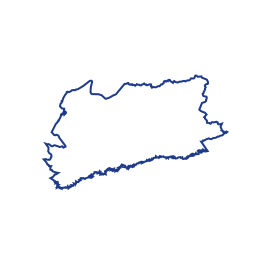 Palenque, Los Rios, Ecuador, rotated 235°
{"feature_id": "8360857B53847682680021", "entity_name": "Palenque", "entity_type": "district", "adm_level": 2, "iso_a3": "ECU", "parent_name": "Ecuador", "parent_adm1": "Los Rios", "projection": "equal_earth", "projection_center": [-79.734, -1.333], "detail": "fine", "context": "isolated", "style": "outline", "palette": "blue", "viewbox_px": 256, "rotation_deg": 235, "n_neighbors": 0, "source": "geoboundaries", "source_scale": "gbopen_adm2", "svg_char_len": 5787}
<svg xmlns="http://www.w3.org/2000/svg" viewBox="0 0 256 256"><g transform="rotate(235 128 128)"><path d="M63.4,180.0L74.9,180.1L74.2,181.3L74.2,181.9L74.7,182.4L74.0,183.4L73.8,186.0L73.1,188.3L72.0,188.8L71.1,189.9L70.9,191.9L69.6,194.5L69.6,196.4L68.9,197.3L68.8,199.0L67.9,201.1L68.0,202.3L68.6,203.2L67.7,205.4L67.8,207.0L68.7,206.6L68.6,205.5L69.0,204.5L69.9,204.5L70.5,203.7L71.2,204.0L72.5,203.1L73.2,204.0L75.9,204.5L77.7,207.4L78.2,205.5L79.2,204.2L80.0,204.0L81.2,204.7L82.3,204.1L83.3,201.7L84.5,200.3L84.6,199.5L84.1,198.4L84.2,197.9L85.6,197.4L87.0,195.7L88.9,196.9L91.4,196.5L92.6,197.1L93.2,196.7L94.0,200.1L96.3,199.8L99.9,197.5L102.1,196.9L106.1,203.0L105.2,205.8L105.4,207.6L106.3,208.0L106.5,208.7L107.8,210.0L108.7,210.2L110.4,208.5L111.3,208.1L113.2,208.8L113.2,209.9L114.0,210.5L115.3,213.2L116.2,213.7L116.8,215.0L118.3,215.0L118.9,215.7L119.1,217.3L118.4,218.6L118.9,219.3L120.1,220.0L122.5,220.3L126.9,217.4L128.2,217.7L130.0,214.4L131.5,214.2L132.2,213.4L132.1,212.8L130.8,210.9L131.0,210.0L132.5,208.1L131.9,206.3L132.0,205.1L132.7,204.5L133.3,202.6L133.2,201.8L134.5,200.9L135.6,197.9L136.3,197.1L136.7,194.9L138.6,193.1L139.9,192.9L140.0,192.1L139.2,190.7L139.6,190.6L139.9,191.0L140.4,190.3L142.2,189.6L143.4,189.8L144.0,189.1L143.5,187.7L144.2,187.6L144.2,185.7L145.3,185.4L145.5,184.1L144.2,182.8L144.4,181.8L144.1,181.1L144.7,180.0L144.1,177.8L145.0,176.7L145.3,174.2L147.0,172.3L147.3,170.7L147.9,170.7L148.4,171.3L149.1,170.8L150.5,171.8L151.4,170.7L152.0,168.3L152.6,167.6L153.3,167.8L154.2,166.7L155.2,166.7L155.2,165.7L155.6,164.3L155.3,163.4L156.0,162.4L157.1,162.0L157.6,161.0L158.8,160.4L158.6,159.1L159.0,158.4L158.7,158.0L159.9,157.6L160.6,156.3L161.4,156.5L161.9,155.8L161.8,155.2L162.3,155.0L162.7,154.1L163.7,153.7L164.5,154.1L164.9,153.8L165.3,151.6L166.1,150.5L162.5,137.4L163.1,135.0L163.6,129.9L164.5,126.9L164.9,126.3L169.9,125.2L172.6,123.2L176.3,118.1L177.2,117.6L178.9,117.9L182.6,120.8L186.4,125.1L187.4,125.3L188.1,124.7L188.5,123.5L188.1,115.3L188.5,109.4L189.4,107.2L189.3,106.2L190.3,105.3L190.5,104.5L191.1,103.8L190.9,102.7L191.2,100.3L192.5,99.1L192.6,98.4L191.8,97.9L191.5,96.3L189.8,92.4L188.1,90.1L188.1,89.2L187.5,89.4L186.7,88.0L186.6,86.7L184.8,84.7L181.9,85.1L180.4,86.8L179.3,85.7L178.6,85.8L178.4,85.2L176.7,86.2L175.9,85.9L175.5,83.8L176.6,84.5L176.6,83.5L177.6,84.1L177.5,83.2L176.7,82.5L177.1,82.2L176.8,82.0L176.8,81.1L177.4,81.6L177.5,80.9L176.3,79.9L174.2,76.3L174.2,75.4L173.6,75.1L173.7,74.1L173.2,73.7L172.7,71.2L168.4,63.1L164.6,63.5L163.8,64.2L163.6,65.4L162.4,66.3L161.0,66.6L159.5,66.1L149.5,66.5L148.6,66.2L149.0,63.8L150.6,63.8L151.5,61.3L155.5,58.4L156.2,57.5L156.4,55.6L156.9,55.0L160.2,53.9L160.9,52.6L162.3,51.6L157.4,51.6L154.5,49.2L152.7,49.1L150.2,49.9L148.3,48.8L148.3,48.2L147.4,47.2L146.9,45.6L148.4,43.6L149.7,42.8L150.6,41.0L146.3,41.4L144.0,41.1L143.4,41.8L142.1,41.4L140.8,43.2L140.0,41.5L138.3,40.5L137.3,41.6L135.9,41.4L133.7,42.8L131.2,45.1L131.4,42.0L131.9,41.3L131.0,38.6L131.4,35.7L127.5,37.3L125.4,36.9L125.8,37.9L125.2,38.0L124.5,39.0L124.0,37.5L123.7,38.3L123.3,38.0L122.8,38.9L122.1,38.4L121.8,37.2L121.3,36.9L121.4,38.1L121.1,38.5L120.5,36.1L120.2,36.5L119.8,35.9L119.7,36.9L118.9,38.1L118.0,37.5L117.2,38.9L116.6,38.5L116.0,39.1L116.4,40.5L115.4,42.0L115.4,42.7L114.5,42.9L114.2,43.7L114.8,45.1L112.7,44.5L113.0,46.3L113.4,46.7L112.6,47.1L112.6,48.0L112.9,48.1L112.4,49.3L113.4,49.2L112.5,50.3L112.6,51.8L113.5,51.9L112.8,52.5L112.9,53.3L112.1,52.9L112.6,54.0L114.1,54.8L112.2,56.1L112.2,56.7L112.6,57.6L113.2,57.1L112.5,58.8L113.5,58.5L113.2,60.0L114.0,60.5L113.6,61.3L112.6,61.9L112.8,62.3L112.5,62.9L110.9,63.5L111.0,65.2L110.2,67.3L110.9,68.4L110.7,70.0L111.0,71.1L109.9,70.9L109.8,70.4L110.3,70.0L110.0,69.5L108.9,70.2L109.7,68.8L109.5,68.5L109.0,68.5L108.1,69.7L108.3,71.5L109.0,71.2L110.1,72.5L110.3,74.8L111.0,75.3L109.8,77.1L108.5,76.8L108.6,77.5L108.0,78.0L108.4,78.6L108.1,79.1L108.7,79.8L108.2,79.8L107.9,80.4L106.2,78.9L106.2,79.8L105.8,80.3L105.4,79.1L104.9,80.0L105.0,81.1L104.1,81.1L104.0,82.3L102.8,83.2L104.1,83.7L104.7,85.0L105.0,84.0L105.8,84.4L105.7,86.5L106.2,88.0L105.9,88.4L105.8,87.9L105.0,87.9L105.1,88.7L105.9,89.4L105.8,89.9L104.5,90.6L103.6,89.6L103.4,90.7L103.1,90.1L101.9,90.7L102.2,92.7L101.3,91.8L100.8,93.8L99.9,93.0L100.0,94.9L99.1,94.2L98.7,94.5L99.4,96.9L100.2,97.1L100.0,98.2L101.0,97.6L100.7,99.6L101.4,101.4L100.1,101.2L100.3,102.1L100.9,102.5L98.7,104.0L98.0,103.8L98.0,102.6L96.7,104.0L95.2,104.0L95.5,105.1L94.4,105.0L95.1,107.0L96.4,106.1L96.7,106.7L95.6,107.5L95.7,108.3L94.6,108.4L94.5,109.3L93.5,109.2L93.0,110.7L93.2,111.0L93.7,110.7L93.5,112.1L94.8,111.1L94.8,112.0L93.4,113.2L93.8,115.1L93.1,115.9L93.4,117.0L92.7,117.7L93.0,118.2L92.6,118.6L92.9,119.1L92.7,119.6L91.6,120.9L91.1,120.0L90.6,123.3L90.2,124.0L90.9,125.1L89.7,125.4L89.5,126.0L90.2,126.8L90.1,127.7L89.3,128.2L88.5,127.5L88.1,129.5L89.1,130.1L88.3,130.9L88.9,131.9L87.7,133.7L88.8,134.7L87.0,135.2L86.5,136.5L85.8,136.3L85.8,137.5L85.5,138.1L86.4,138.3L85.9,138.8L85.1,138.7L84.4,140.8L83.2,140.9L82.3,142.3L81.2,142.0L81.3,143.4L80.1,143.6L80.8,144.6L80.2,146.5L79.3,146.5L79.4,147.7L78.1,147.3L77.9,148.1L78.5,149.2L77.3,149.6L76.8,148.6L76.3,149.6L75.7,149.5L75.0,150.9L75.1,152.2L74.1,154.2L73.2,154.2L72.9,155.7L71.4,155.1L70.7,155.9L70.4,157.2L69.8,157.5L70.3,159.3L69.3,158.9L69.3,160.2L69.7,161.1L70.8,160.6L69.4,162.4L70.2,163.9L69.8,164.4L70.2,165.1L69.8,166.4L69.3,166.6L68.3,164.7L67.6,165.9L68.1,166.9L67.8,167.4L68.5,169.2L67.3,169.0L66.2,170.8L67.5,171.6L66.3,173.2L67.4,173.2L67.9,172.1L69.2,172.1L69.3,173.0L68.4,174.2L67.2,174.8L67.5,176.7L66.7,176.4L66.3,175.7L66.4,175.0L65.9,174.9L65.8,175.6L66.3,177.3L65.1,177.3L65.1,178.0L65.6,178.2L65.4,178.8L64.8,179.1L64.0,178.6L63.4,180.0Z" fill="none" stroke="#1e3a8a" stroke-width="2"/></g></svg>